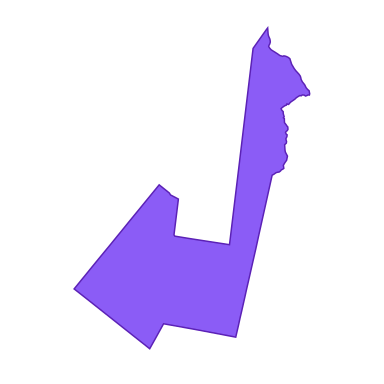 Ouro Preto do Oeste, Rondônia, Brazil (orthographic projection), rotated 351°
{"feature_id": "56859067B7033309117627", "entity_name": "Ouro Preto do Oeste", "entity_type": "district", "adm_level": 2, "iso_a3": "BRA", "parent_name": "Brazil", "parent_adm1": "Rondônia", "projection": "orthographic", "projection_center": [-62.001, -10.509], "detail": "fine", "context": "isolated", "style": "filled", "palette": "violet", "viewbox_px": 384, "rotation_deg": 351, "n_neighbors": 0, "source": "geoboundaries", "source_scale": "gbopen_adm2", "svg_char_len": 1744}
<svg xmlns="http://www.w3.org/2000/svg" viewBox="0 0 384 384"><g transform="rotate(351 192 192)"><path d="M60.4,269.3L69.7,279.3L125.7,340.2L133.8,329.9L143.3,317.7L173.5,328.2L212.5,342.2L217.1,330.8L219.9,323.6L222.6,317.0L228.1,303.2L231.2,295.3L233.6,289.4L238.4,277.4L246.1,258.2L251.2,245.1L273.8,187.9L275.4,187.4L278.0,186.1L279.3,185.9L281.2,185.9L282.7,185.1L283.7,184.1L285.2,183.7L286.4,183.0L286.4,179.9L288.4,177.5L290.4,175.5L291.1,173.6L291.9,171.5L290.5,167.3L290.4,165.2L290.9,159.8L292.8,158.5L293.3,156.9L293.1,155.5L293.1,154.0L294.4,152.2L294.9,150.4L294.1,149.6L293.7,147.8L294.6,146.8L295.7,146.3L296.6,145.1L296.8,142.7L296.0,141.5L295.5,140.3L294.2,138.0L294.5,135.4L294.7,133.9L293.9,133.0L294.8,132.0L294.4,129.2L294.6,126.8L293.5,125.3L293.0,123.6L294.3,122.7L297.1,121.3L298.7,121.0L299.6,119.8L300.7,120.6L301.7,120.2L302.6,119.3L303.6,118.6L308.3,116.3L309.8,115.2L311.8,114.3L313.7,113.6L314.8,114.1L316.1,113.4L317.8,113.8L319.2,115.0L320.6,114.7L321.8,114.3L323.1,114.6L323.6,113.4L323.5,110.3L322.2,108.8L321.0,106.8L320.1,103.8L318.2,100.4L317.4,97.9L317.3,95.9L317.1,94.5L316.1,92.4L313.4,88.3L312.2,86.0L310.4,81.4L309.5,75.6L308.2,74.2L306.7,73.1L305.4,72.4L304.0,71.9L302.8,72.2L300.1,70.9L298.2,69.0L292.5,64.0L291.3,62.2L290.5,60.3L290.9,59.3L292.0,57.9L292.8,56.1L292.9,54.4L292.8,53.0L292.0,49.9L291.9,47.9L292.4,41.8L291.1,43.0L274.8,59.7L252.7,137.6L243.8,169.1L220.8,249.9L207.0,245.5L194.2,241.4L187.6,239.3L180.8,237.1L168.1,232.9L167.5,231.5L177.1,198.1L177.4,196.8L170.3,191.5L169.5,189.5L160.7,179.8L147.8,191.3L134.8,202.9L124.8,211.8L119.6,216.5L113.0,222.4L102.5,231.8L89.7,243.1L79.5,252.2L74.3,256.9L69.9,260.8L60.4,269.3Z" fill="#8b5cf6" stroke="#5b21b6" stroke-width="1.5"/></g></svg>